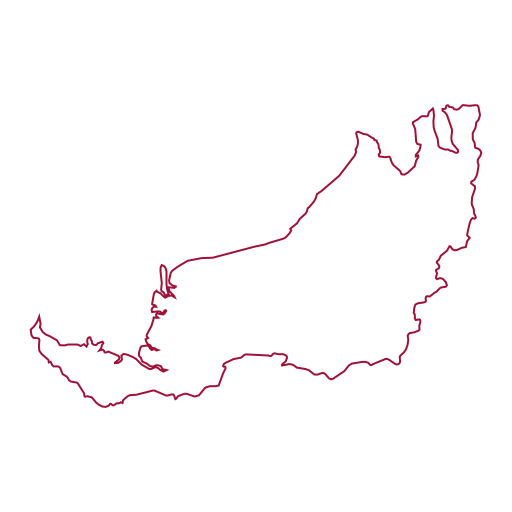 the border of Sarawak
{"feature_id": "MYS-1187", "entity_name": "Sarawak", "entity_type": "State", "adm_level": 1, "iso_a3": "MYS", "parent_name": "Malaysia", "parent_adm1": "", "projection": "mercator", "projection_center": [112.841, 2.907], "detail": "fine", "context": "isolated", "style": "outline", "palette": "rose", "viewbox_px": 512, "rotation_deg": 0, "n_neighbors": 0, "source": "natural_earth", "source_scale": "10m", "svg_char_len": 6065}
<svg xmlns="http://www.w3.org/2000/svg" viewBox="0 0 512 512"><path d="M457.2,152.8L458.2,151.6L458.0,150.1L452.7,143.8L451.7,141.0L451.3,137.9L452.1,130.8L451.8,129.0L447.0,115.1L445.1,112.5L442.5,110.7L442.5,109.0L444.8,108.9L445.7,108.4L446.3,105.9L447.2,105.3L448.2,105.4L449.3,106.9L452.7,107.4L454.1,109.2L456.9,109.7L458.9,108.9L462.7,105.1L469.4,105.8L475.1,105.2L477.4,105.4L478.4,106.7L480.0,115.2L478.6,119.7L476.3,122.4L475.5,127.8L472.7,133.1L472.8,139.3L474.6,142.9L475.1,147.3L475.5,147.9L478.4,148.8L479.7,149.9L480.7,151.2L481.3,152.9L480.3,155.9L477.8,159.6L477.7,162.4L478.6,165.1L477.4,172.9L476.4,176.1L474.4,179.8L471.3,181.7L471.2,183.4L474.9,186.3L475.0,188.7L472.1,197.3L471.7,203.1L472.0,204.9L473.8,209.3L474.0,213.2L475.2,215.4L475.8,217.7L474.7,218.7L472.6,218.1L471.0,219.7L469.7,223.1L467.2,234.1L467.2,235.4L469.7,237.8L467.1,241.2L465.8,247.0L461.6,247.9L456.8,250.0L454.5,250.3L452.4,249.3L450.5,246.5L449.5,246.2L447.0,250.7L440.8,255.7L439.0,259.6L436.8,261.6L437.0,262.9L439.0,265.4L439.4,266.8L438.6,268.6L436.4,269.6L435.9,270.5L437.0,273.4L435.9,278.0L437.0,279.1L440.2,278.1L442.9,278.9L445.9,282.2L446.9,285.3L445.9,286.7L441.0,287.5L439.5,288.5L436.7,291.6L434.3,292.9L429.8,296.5L427.0,296.2L426.1,296.7L425.6,298.3L425.9,301.0L425.4,301.8L423.4,302.5L417.8,303.3L415.5,304.5L414.4,307.4L413.7,312.8L414.8,314.6L414.9,318.4L415.7,320.0L419.4,319.4L420.1,319.9L420.4,322.0L419.3,325.6L419.5,329.8L418.5,330.7L414.4,332.3L409.7,333.1L408.3,334.4L407.7,335.8L408.3,340.0L407.5,345.1L406.1,349.0L404.2,352.1L400.6,355.4L399.7,356.7L400.1,361.6L399.6,363.0L398.5,364.1L396.7,364.5L395.2,364.0L389.3,359.9L387.7,359.1L385.9,358.8L373.5,363.9L371.2,365.2L370.2,364.9L368.1,362.7L365.4,361.9L362.4,361.9L351.8,363.6L348.8,365.5L344.4,371.1L332.8,378.9L331.0,379.3L328.9,378.3L325.2,373.9L323.6,373.0L322.1,373.0L317.6,374.6L314.3,374.5L308.9,370.2L305.4,369.0L296.8,367.6L294.4,365.7L291.7,364.4L288.9,364.1L282.1,365.5L281.9,365.0L282.3,364.2L285.7,361.3L286.9,358.3L286.9,356.6L286.2,355.6L283.2,354.2L278.4,354.2L274.5,353.3L273.2,353.8L271.5,355.7L270.6,356.1L268.2,355.5L246.3,354.4L244.5,354.8L241.1,357.6L233.5,359.1L225.0,363.1L223.7,364.2L223.1,366.0L223.5,366.6L225.2,366.7L225.6,368.2L223.0,373.6L218.7,385.5L215.8,386.2L209.9,386.2L205.2,387.7L198.9,395.4L194.5,396.5L186.6,393.8L184.2,393.8L178.0,396.2L176.3,398.6L175.4,399.1L173.9,395.1L173.1,394.4L171.9,394.4L167.5,395.6L166.0,395.5L154.5,390.6L153.0,390.5L136.6,394.7L129.8,395.2L127.7,396.2L123.6,399.7L122.9,400.8L122.7,402.7L122.2,403.1L120.8,402.3L118.4,403.5L116.8,403.2L113.7,405.4L112.7,405.3L111.0,403.9L110.2,403.8L108.9,405.5L105.8,406.9L102.3,406.5L99.0,404.8L96.2,402.7L91.9,397.4L87.3,396.2L85.2,396.7L84.5,396.4L84.0,393.2L77.7,383.2L76.4,382.5L70.7,381.5L69.0,380.2L67.5,377.4L66.1,376.2L62.6,374.1L60.3,368.3L59.4,367.1L58.0,366.4L53.7,366.4L52.4,365.4L50.6,361.8L48.8,362.4L48.6,360.4L48.1,359.6L41.6,354.0L39.3,350.7L38.9,345.9L39.4,340.1L39.0,338.7L37.7,338.2L33.5,337.9L31.5,335.4L30.7,329.6L34.0,326.5L35.9,323.9L37.8,320.5L39.2,316.6L40.6,323.9L39.9,327.3L42.7,332.0L45.6,334.4L50.1,336.4L56.9,340.3L59.9,345.2L64.6,345.4L68.2,344.5L77.5,344.5L80.7,346.0L83.9,344.2L86.5,346.6L87.8,344.0L87.3,342.5L87.3,339.5L88.2,337.9L89.4,337.2L90.4,337.5L90.9,339.7L91.8,341.0L92.1,343.5L93.8,344.8L96.1,345.0L96.8,344.7L97.7,343.3L102.5,341.7L103.4,343.0L101.9,345.2L101.1,348.3L99.4,350.5L102.3,349.6L104.1,350.8L104.5,352.2L105.4,352.6L108.4,351.6L118.5,355.9L119.4,357.6L119.0,359.4L114.9,362.6L114.9,363.1L118.4,362.8L121.2,360.8L121.9,359.5L121.4,355.6L123.4,354.0L126.8,354.5L133.0,357.1L136.2,359.1L141.8,364.7L148.9,368.8L149.9,369.1L151.6,368.8L155.6,367.1L158.0,368.0L160.6,370.2L163.5,371.6L166.6,370.1L162.4,369.1L160.9,366.1L157.7,365.2L155.7,365.4L153.1,366.6L150.1,366.2L146.5,363.4L143.3,362.1L142.1,361.1L140.8,357.6L139.3,356.2L139.0,355.3L139.0,352.6L140.6,347.3L141.3,346.4L147.1,345.5L148.6,346.0L150.5,349.0L151.7,350.0L154.3,349.1L156.5,350.5L158.1,350.0L156.0,349.2L154.7,348.2L151.2,347.7L151.1,346.8L150.1,345.2L147.8,344.2L146.1,341.3L145.6,339.2L148.1,337.9L146.6,336.2L146.8,334.7L151.4,326.1L153.5,319.3L153.6,317.6L154.0,317.3L156.4,317.9L158.2,317.7L156.3,316.1L156.1,314.4L157.1,313.4L163.2,314.5L164.7,313.3L166.2,310.8L165.6,310.2L164.7,310.5L164.0,311.3L163.4,313.1L162.7,313.2L159.9,311.6L158.4,311.4L152.1,312.0L151.6,309.6L152.1,308.4L153.2,307.2L154.7,306.5L156.1,306.8L155.4,305.4L152.7,304.7L152.1,304.1L153.8,294.2L154.7,292.2L156.6,290.7L157.2,291.9L160.6,293.3L163.3,296.3L165.3,297.7L168.2,296.0L171.4,295.4L174.7,297.3L174.1,296.0L169.6,291.3L168.2,287.2L174.3,287.9L175.7,286.7L176.7,286.7L172.4,285.4L169.5,283.1L169.1,280.2L170.8,272.8L172.1,270.9L177.4,266.9L187.6,260.8L201.6,258.1L212.8,257.7L254.0,246.8L265.2,244.4L269.7,242.7L283.3,238.7L285.7,237.4L289.6,233.2L291.2,230.4L290.2,228.8L297.0,223.3L299.8,218.8L305.5,213.7L306.8,211.7L307.7,208.2L309.5,206.9L313.8,201.7L315.6,198.7L317.0,194.0L321.4,191.1L339.2,175.8L354.6,155.7L356.1,152.2L355.6,149.3L357.1,146.8L357.9,143.7L357.9,140.2L356.2,133.3L356.7,132.1L358.4,131.7L363.2,133.9L367.2,134.6L371.1,137.2L373.8,138.5L374.3,140.0L376.5,140.5L376.9,142.0L378.1,143.7L378.7,145.7L378.7,147.8L379.7,149.3L380.2,152.6L378.7,154.6L379.2,156.4L384.9,157.2L389.2,156.7L390.2,157.7L391.7,162.4L393.5,165.2L400.2,171.1L401.5,174.3L404.5,174.6L407.9,172.6L414.7,166.2L416.2,160.6L418.4,156.8L418.1,155.5L415.8,156.4L415.8,154.9L419.2,150.8L420.5,146.8L420.6,144.7L417.5,144.0L416.2,141.9L415.2,129.0L412.8,123.4L412.9,122.2L417.5,119.6L421.2,116.5L422.8,116.1L426.8,116.4L428.0,115.6L428.8,112.2L432.9,108.5L433.4,110.0L434.0,115.5L433.4,121.3L433.7,127.3L434.4,130.2L437.6,138.8L438.5,146.1L440.1,147.7L444.2,149.3L445.8,149.6L447.9,149.4L450.5,150.9L451.9,150.9L455.5,152.7L457.2,152.8ZM168.7,294.0L168.6,295.4L167.2,294.6L165.6,296.3L163.6,292.3L161.5,291.0L161.1,289.5L161.8,283.3L160.5,271.1L160.6,267.5L161.7,265.1L164.2,266.1L165.7,268.4L166.5,271.5L166.5,284.3L167.2,289.7L168.7,294.0Z" fill="none" stroke="#9f1239" stroke-width="2"/></svg>